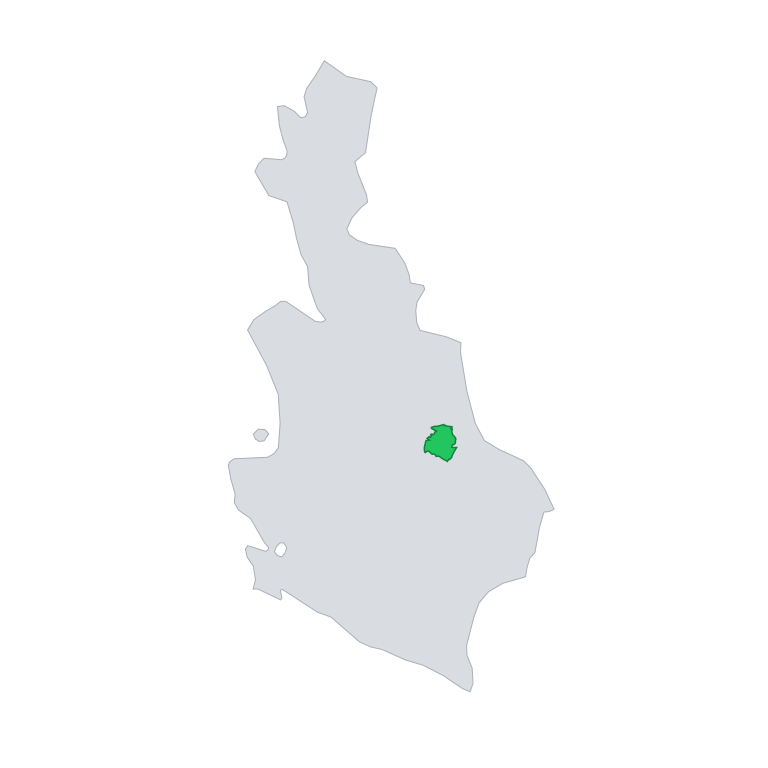 Yerevan, Erevan, Armenia (highlighted), rotated 214°
{"feature_id": "60910142B26577174907162", "entity_name": "Yerevan", "entity_type": "district", "adm_level": 2, "iso_a3": "ARM", "parent_name": "Armenia", "parent_adm1": "Erevan", "projection": "albers", "projection_center": [44.528, 40.164], "detail": "fine", "context": "in_parent", "style": "filled", "palette": "green", "viewbox_px": 768, "rotation_deg": 214, "n_neighbors": 0, "source": "geoboundaries", "source_scale": "gbopen_adm2", "svg_char_len": 2983}
<svg xmlns="http://www.w3.org/2000/svg" viewBox="0 0 768 768"><g transform="rotate(214 384 384)"><path d="M343.3,461.2L337.9,452.6L311.0,424.1L286.1,402.3L269.1,393.2L251.9,394.1L225.2,398.4L215.4,396.5L192.3,386.8L173.0,375.3L175.7,370.6L179.8,367.3L175.1,352.5L164.6,328.7L165.8,321.3L162.5,311.1L158.9,303.3L174.2,285.0L181.2,270.2L182.8,255.7L179.0,240.6L169.3,213.3L163.3,205.3L152.1,197.8L142.8,185.6L140.5,177.0L148.5,175.4L171.7,175.4L194.3,172.7L212.0,167.2L237.5,162.7L248.1,158.5L260.3,156.5L297.6,161.1L311.6,157.6L353.6,156.9L354.7,155.1L348.9,149.4L349.0,147.2L373.9,143.5L377.8,140.8L381.1,149.9L390.5,159.9L400.8,164.0L406.4,169.5L406.7,173.8L388.5,179.1L387.3,181.6L388.5,184.1L393.9,185.4L419.5,197.9L434.1,198.1L441.8,201.9L445.7,209.4L457.9,219.6L467.7,229.6L468.4,233.0L466.6,238.1L439.6,258.1L436.2,264.9L435.9,272.1L448.1,293.3L466.0,316.4L491.8,333.8L527.3,352.5L527.9,364.4L522.6,378.6L517.9,388.3L515.8,394.8L511.6,397.6L476.3,397.5L471.1,399.9L468.8,402.7L468.6,405.0L481.4,409.2L501.4,424.0L513.0,438.6L525.0,444.8L538.5,456.3L549.4,467.0L566.3,480.8L584.8,475.8L609.9,487.9L611.1,496.4L609.8,504.0L594.3,512.7L592.4,516.2L592.5,519.0L594.6,523.1L603.9,529.7L615.0,539.5L627.5,554.4L622.2,559.0L610.8,559.9L601.9,558.2L598.8,561.4L599.1,566.3L610.9,577.5L613.4,585.8L613.2,600.3L614.2,618.6L587.1,618.0L564.0,627.2L555.3,625.6L549.2,610.2L544.0,597.6L528.7,565.5L532.5,552.2L524.2,544.6L504.3,531.1L499.2,525.5L501.8,517.6L503.5,503.3L501.5,491.7L496.2,488.3L486.4,488.2L474.5,491.3L450.6,502.7L433.9,495.7L424.3,488.6L418.7,482.6L406.3,487.7L403.2,485.3L402.4,470.4L398.6,462.4L391.1,453.1L384.1,448.6L358.6,458.0L343.3,461.2ZM381.5,193.9L382.2,188.6L381.0,183.7L376.9,182.2L371.9,183.5L371.6,188.9L373.1,194.0L378.2,196.3L381.5,193.9ZM462.9,276.2L457.1,279.6L451.7,278.2L451.6,269.8L455.5,266.5L460.0,266.6L464.4,269.5L462.9,276.2Z" fill="#d9dde1" stroke="#a8b0b8" stroke-width="1"/><path d="M288.2,355.2L288.2,357.9L287.4,358.0L286.8,361.1L287.4,362.5L288.0,366.9L288.3,372.0L290.1,370.7L290.9,370.2L292.5,369.4L293.2,371.7L292.0,373.4L291.8,374.6L292.2,375.7L293.5,377.7L293.6,378.6L294.8,379.4L298.7,380.4L301.4,382.4L301.7,383.9L302.3,385.0L302.7,385.0L303.5,384.3L303.8,384.7L303.7,385.5L303.6,386.5L304.6,386.2L308.0,384.3L310.0,384.1L310.8,383.1L311.8,383.8L316.1,378.8L318.9,376.7L320.4,374.6L320.2,374.0L319.7,373.8L318.6,373.7L317.4,374.2L316.8,374.2L316.3,373.8L314.8,374.3L314.1,374.4L313.9,374.0L314.6,373.2L314.9,372.2L314.5,370.7L314.6,370.0L315.5,369.5L316.8,368.9L317.0,368.4L316.8,367.8L315.6,367.7L315.6,366.5L315.9,365.6L317.1,365.7L317.4,364.5L317.9,363.1L317.2,362.9L315.0,362.8L317.4,360.8L317.4,360.1L316.9,358.7L315.2,354.2L313.6,351.8L312.1,350.3L311.5,350.2L311.4,350.2L310.4,352.9L309.4,353.4L309.0,353.1L307.7,353.2L305.4,352.6L304.6,352.9L303.4,353.8L302.7,354.1L300.2,353.1L299.1,354.3L298.0,354.8L296.6,354.9L294.2,354.7L292.2,354.9L290.1,355.2L288.2,355.2Z" fill="#22c55e" stroke="#15803d" stroke-width="1.5"/></g></svg>